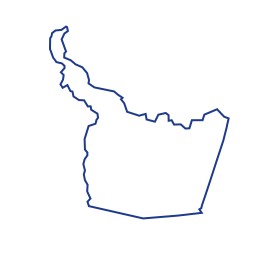 Sacramento, California, United States of America, rotated 103°
{"feature_id": "52423323B62056349216099", "entity_name": "Sacramento", "entity_type": "district", "adm_level": 2, "iso_a3": "USA", "parent_name": "United States of America", "parent_adm1": "California", "projection": "equal_earth", "projection_center": [-121.498, 38.377], "detail": "fine", "context": "isolated", "style": "outline", "palette": "blue", "viewbox_px": 256, "rotation_deg": 103, "n_neighbors": 0, "source": "geoboundaries", "source_scale": "gbopen_adm2", "svg_char_len": 1312}
<svg xmlns="http://www.w3.org/2000/svg" viewBox="0 0 256 256"><g transform="rotate(103 128 128)"><path d="M189.5,38.5L187.3,38.6L174.2,37.3L168.9,36.8L155.6,35.6L140.8,34.3L120.0,32.4L119.0,32.3L104.7,32.0L103.2,32.1L96.0,32.1L95.4,36.8L89.7,45.4L97.8,56.6L103.6,57.1L106.0,67.5L114.5,68.1L115.6,72.0L112.6,77.4L114.3,83.9L110.6,87.2L111.8,90.0L106.3,91.4L104.9,94.6L108.2,101.4L115.8,103.2L115.5,111.8L110.3,114.0L113.5,119.9L112.4,132.5L104.7,137.3L101.6,141.3L99.8,140.1L97.9,145.1L95.5,149.8L96.0,169.9L93.4,176.5L90.0,176.8L83.7,180.2L79.1,186.2L77.8,193.3L74.9,199.0L73.7,206.0L69.7,206.8L67.4,205.6L56.6,212.6L50.2,211.2L47.1,208.4L43.5,210.0L43.1,211.2L47.4,215.0L49.3,220.6L52.6,223.3L55.6,223.2L58.1,224.0L68.5,221.8L76.2,216.8L79.9,212.5L79.9,207.0L81.7,203.9L83.9,203.3L88.8,205.9L90.9,202.6L95.5,202.2L100.6,203.6L103.5,200.7L99.8,196.7L105.0,192.4L105.0,190.3L109.5,188.2L111.8,182.1L110.9,177.0L116.0,172.0L115.3,169.3L118.5,167.9L120.9,161.0L124.7,159.5L127.4,160.6L129.0,160.5L131.2,160.7L134.9,166.8L148.5,167.8L158.7,165.1L161.1,162.0L163.0,161.7L163.7,161.4L168.1,163.2L173.2,163.4L179.0,160.4L183.2,160.6L188.5,158.2L192.4,154.6L199.0,153.5L205.2,148.7L208.9,150.9L212.9,148.5L212.7,92.9L202.1,59.6L194.1,37.1L191.2,40.2L189.5,38.5Z" fill="none" stroke="#1e3a8a" stroke-width="2"/></g></svg>